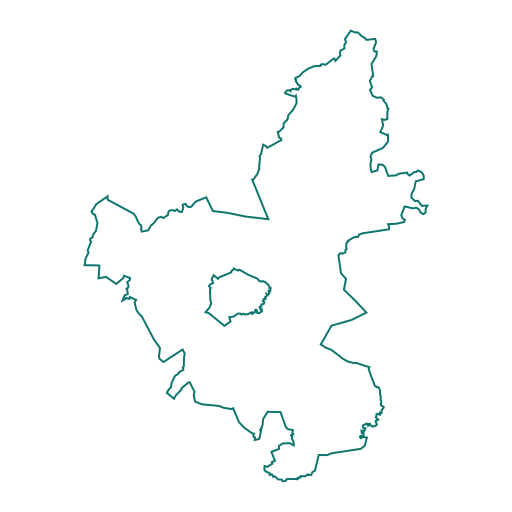 outline of Priekules pag., Priekules, Latvia
{"feature_id": "27541924B37893488453851", "entity_name": "Priekules pag.", "entity_type": "district", "adm_level": 2, "iso_a3": "LVA", "parent_name": "Latvia", "parent_adm1": "Priekules", "projection": "mercator", "projection_center": [21.629, 56.464], "detail": "fine", "context": "isolated", "style": "outline", "palette": "teal", "viewbox_px": 512, "rotation_deg": 0, "n_neighbors": 0, "source": "geoboundaries", "source_scale": "gbopen_adm2", "svg_char_len": 6045}
<svg xmlns="http://www.w3.org/2000/svg" viewBox="0 0 512 512"><path d="M383.7,407.0L380.8,405.0L381.2,400.9L380.6,399.8L380.8,396.1L380.1,394.7L379.9,390.1L378.8,387.7L377.6,386.8L376.7,387.2L374.9,385.9L369.7,372.4L368.7,368.6L369.4,367.2L355.5,362.7L354.1,363.2L347.3,361.3L342.7,358.6L331.6,350.0L325.5,347.5L320.8,344.4L331.5,325.7L351.7,319.9L366.4,312.6L355.4,300.8L343.9,289.7L346.0,278.8L341.0,273.2L338.4,255.5L340.3,253.1L342.1,253.7L345.2,252.5L345.7,249.5L346.6,249.0L346.1,247.0L346.4,243.6L347.4,241.7L348.4,241.5L348.2,240.6L354.3,237.1L358.2,236.8L359.0,234.6L362.7,233.3L389.0,229.3L389.1,226.6L388.1,224.2L396.8,223.7L404.1,222.0L404.8,219.8L402.5,218.3L401.3,215.1L404.7,206.4L412.9,208.4L416.3,207.7L419.0,209.4L420.7,212.6L423.4,214.2L425.6,212.4L425.7,208.7L427.4,205.6L421.9,205.9L417.9,200.8L415.0,201.1L411.3,197.5L411.7,193.4L414.2,189.1L415.7,181.4L423.7,179.1L423.7,175.6L421.7,172.2L417.8,170.5L416.1,172.1L414.6,171.9L409.4,175.6L407.3,173.5L407.1,172.6L398.7,173.7L396.1,175.4L388.2,175.9L384.9,166.8L382.7,164.8L378.5,164.5L377.4,170.4L371.7,172.0L370.7,168.8L370.4,164.9L371.4,159.1L370.6,157.2L370.8,155.0L372.2,153.3L372.1,152.7L382.9,147.9L387.5,142.4L388.1,140.7L387.9,134.6L386.5,134.9L380.3,132.1L383.2,125.6L381.9,119.2L384.6,119.9L387.3,119.1L387.3,112.0L388.4,108.7L387.6,108.4L386.5,104.3L383.5,100.6L383.8,99.6L381.2,97.4L376.7,97.7L372.7,95.8L370.0,90.0L372.1,87.4L369.8,81.0L372.4,76.1L373.2,76.2L371.5,64.0L376.1,56.5L376.7,53.8L376.8,51.5L374.6,51.6L373.5,49.1L376.1,42.2L375.2,38.9L366.4,39.9L364.7,37.8L362.1,36.5L357.8,32.4L355.3,32.5L350.8,30.7L345.0,39.0L346.0,42.5L344.4,44.9L344.3,48.6L340.4,50.5L339.9,53.9L340.5,55.4L335.4,60.8L334.5,58.7L333.6,58.5L325.8,64.7L321.9,64.1L320.7,64.8L320.6,65.9L314.4,66.2L308.7,68.4L303.2,72.0L299.5,76.1L295.3,78.0L295.2,79.1L296.3,80.1L295.8,81.4L297.5,83.3L297.5,84.2L300.6,86.2L300.6,87.1L299.6,87.4L298.2,89.6L296.3,88.5L295.9,88.8L296.1,89.4L292.7,88.9L291.0,89.7L290.4,91.2L289.2,90.2L287.0,90.4L285.1,92.5L285.3,93.4L290.9,95.4L295.5,96.7L295.9,96.0L296.5,99.2L296.5,103.3L293.2,109.6L288.3,115.2L288.0,117.7L287.1,119.2L287.4,119.7L283.7,123.2L283.5,127.4L279.0,131.8L277.8,131.9L279.1,137.6L281.0,138.5L281.3,140.1L267.2,147.8L265.9,146.1L263.2,144.7L261.0,154.1L259.7,155.7L260.0,159.0L259.3,164.0L259.2,169.2L257.3,174.1L253.4,179.4L252.2,179.6L268.3,219.2L245.2,216.5L227.9,212.9L212.9,211.0L206.2,197.3L195.7,201.6L191.3,206.7L188.9,207.2L186.7,206.0L185.8,203.9L183.0,204.5L182.5,205.1L183.3,207.6L182.0,211.8L181.4,212.1L179.5,211.8L176.9,209.4L174.9,211.0L172.2,210.1L169.5,210.6L168.5,211.7L167.9,215.0L163.2,218.0L161.4,216.9L158.0,217.7L153.4,223.5L150.9,225.5L148.3,230.3L143.4,231.3L141.7,231.5L141.0,228.9L141.5,228.1L141.1,225.5L138.8,223.3L135.5,216.1L133.7,213.7L108.0,199.9L107.5,199.3L107.6,196.3L96.4,204.1L91.5,211.6L92.8,213.8L95.0,214.8L97.5,223.4L95.9,231.0L93.2,234.5L92.3,237.6L90.2,238.9L90.1,240.2L91.1,241.5L87.6,250.6L88.6,252.6L85.6,258.3L84.6,265.2L99.0,265.4L99.4,265.8L98.6,278.3L105.9,276.9L116.4,283.9L123.3,278.0L124.1,275.7L130.1,278.1L129.7,280.2L127.2,282.1L128.5,285.8L128.1,287.6L126.5,288.7L127.2,289.6L127.8,294.0L124.6,295.4L122.5,300.6L125.7,298.8L126.0,297.9L129.5,298.9L129.9,297.0L136.1,300.0L134.6,302.5L136.4,309.8L138.0,312.4L142.0,316.8L153.9,339.4L160.0,348.0L159.0,356.2L159.3,358.4L160.0,359.2L163.5,362.0L182.6,349.5L184.7,353.5L184.0,357.7L183.8,366.4L182.8,367.5L183.4,369.8L179.3,372.0L177.9,374.1L175.0,375.9L171.6,382.9L171.0,387.1L168.2,390.2L166.9,392.9L174.0,398.7L176.0,395.1L181.5,389.5L181.6,388.1L188.8,382.2L189.8,382.4L194.6,392.0L193.8,394.2L193.9,396.5L195.1,401.6L201.9,404.3L218.7,405.9L224.1,407.9L231.9,409.1L233.2,408.2L239.0,422.2L244.2,427.7L251.7,433.0L254.0,433.7L253.2,435.5L254.4,437.7L255.0,437.6L254.8,440.0L259.3,438.9L261.3,429.3L260.5,429.6L262.5,425.2L263.2,418.9L267.7,411.8L280.5,412.1L285.9,427.2L288.0,429.2L292.8,430.0L292.4,432.6L293.2,434.4L291.6,434.7L291.0,435.5L292.1,436.6L291.9,439.0L293.0,440.5L293.9,443.7L293.7,445.4L289.5,443.1L282.6,443.5L278.8,446.1L279.1,448.9L271.4,451.9L275.0,460.8L271.8,462.1L272.4,463.7L267.3,466.8L264.6,466.0L264.3,469.4L265.5,471.3L270.0,473.4L269.7,474.9L272.0,474.4L273.2,476.8L274.7,476.3L278.2,479.4L281.9,479.7L282.7,481.3L285.7,480.9L286.3,479.4L287.7,478.9L296.5,479.1L297.2,478.4L297.5,479.1L298.2,478.7L298.2,477.8L300.6,477.3L300.3,476.4L300.9,476.1L305.0,476.3L307.9,474.4L308.3,475.1L311.3,474.9L312.2,472.4L315.0,470.6L318.7,455.0L327.0,455.1L332.0,453.2L360.9,448.8L364.8,445.7L366.9,437.5L362.9,437.0L360.9,438.2L359.9,436.9L360.5,435.9L362.9,436.1L363.7,434.9L363.5,432.4L362.6,433.3L361.8,433.1L361.5,430.6L364.1,431.0L364.8,430.4L365.3,428.2L363.7,428.3L362.9,426.9L362.9,425.4L366.7,423.6L367.5,424.9L368.2,423.9L369.0,424.2L368.9,425.0L370.0,423.9L370.5,425.3L372.9,426.7L376.1,425.5L376.9,424.4L375.9,422.4L375.8,420.8L378.2,419.7L375.8,417.3L376.5,415.7L376.4,414.3L377.4,413.8L380.1,414.8L380.5,413.9L379.8,412.8L380.0,412.4L381.7,412.7L381.7,409.9L383.6,407.8L383.7,407.0ZM224.4,325.9L209.1,313.3L205.6,312.1L209.6,307.5L211.2,303.1L210.3,299.9L210.0,289.0L210.8,288.0L208.9,286.1L209.8,284.7L213.1,283.0L211.7,279.1L213.7,275.3L218.0,278.8L218.5,277.7L231.3,272.3L231.4,271.0L233.4,269.6L233.7,268.5L238.1,270.6L239.4,269.7L248.5,274.9L257.5,278.7L259.3,281.1L261.6,281.6L262.4,281.0L265.1,282.0L268.3,284.8L269.6,286.9L269.3,287.9L270.7,288.2L270.3,289.8L268.8,290.7L270.0,291.4L268.8,292.4L269.3,293.4L267.8,294.9L266.8,294.2L267.3,295.6L265.3,296.9L265.6,297.6L265.1,298.1L265.5,298.8L263.6,299.2L263.7,300.6L262.9,301.1L264.3,302.3L263.7,303.9L261.4,304.5L261.3,305.9L259.7,306.9L260.5,307.7L260.1,308.2L260.7,308.6L260.7,309.6L261.8,309.3L262.1,310.9L259.4,313.1L257.3,312.9L257.2,311.7L256.3,310.4L256.5,309.9L255.7,309.7L255.1,310.3L255.6,311.7L252.8,313.5L252.9,312.6L252.0,312.2L251.4,313.4L250.4,312.8L247.9,314.2L244.7,314.4L243.1,313.7L241.3,314.5L240.2,313.5L237.9,313.6L233.3,316.7L229.3,317.2L230.5,321.5L224.4,325.9Z" fill="none" stroke="#0f766e" stroke-width="2"/></svg>